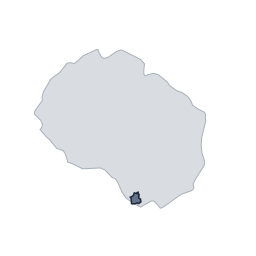 Bogdantsi, Bogdanci, North Macedonia shown in context, rotated 51°
{"feature_id": "65306769B60147523647729", "entity_name": "Bogdantsi", "entity_type": "district", "adm_level": 2, "iso_a3": "MKD", "parent_name": "North Macedonia", "parent_adm1": "Bogdanci", "projection": "albers", "projection_center": [22.598, 41.193], "detail": "fine", "context": "in_parent", "style": "filled", "palette": "slate", "viewbox_px": 256, "rotation_deg": 51, "n_neighbors": 0, "source": "geoboundaries", "source_scale": "gbopen_adm2", "svg_char_len": 1739}
<svg xmlns="http://www.w3.org/2000/svg" viewBox="0 0 256 256"><g transform="rotate(51 128 128)"><path d="M117.4,68.5L121.2,69.0L129.6,66.7L134.8,63.5L137.4,63.0L140.9,61.8L145.9,62.0L151.1,63.5L157.6,61.6L163.9,58.6L166.5,59.4L169.3,62.0L171.1,62.7L181.6,76.5L187.5,82.1L194.3,86.4L202.2,89.4L205.0,92.4L210.0,107.1L212.4,112.6L215.8,114.3L216.6,115.9L216.7,118.0L213.0,128.4L211.6,151.5L210.6,153.4L206.7,153.3L201.4,153.8L199.4,155.6L197.4,168.0L188.9,171.6L181.2,173.6L174.7,173.1L163.3,170.1L159.6,169.8L156.4,171.5L146.3,172.3L141.8,174.4L131.2,188.9L120.5,193.8L116.8,196.3L108.7,193.0L104.8,192.6L99.1,196.2L86.8,196.4L83.4,197.0L73.9,197.4L73.5,195.4L71.8,192.4L67.4,191.0L58.3,192.0L56.2,189.8L52.7,177.3L49.9,175.3L46.7,171.1L41.5,157.5L41.5,151.6L42.0,146.5L39.3,134.4L41.2,131.4L44.1,129.5L44.2,124.7L43.6,117.3L47.3,102.9L48.2,101.9L49.0,102.6L57.0,104.0L59.2,102.2L60.5,99.4L61.2,88.8L63.2,83.9L82.8,75.0L88.5,74.8L92.8,79.1L96.2,81.9L98.3,81.9L99.1,79.1L101.5,73.9L105.5,70.9L117.3,68.5L117.4,68.5Z" fill="#d9dde1" stroke="#a8b0b8" stroke-width="1"/><path d="M186.9,161.4L186.3,161.6L185.7,161.1L184.5,160.8L184.3,160.6L183.8,161.6L184.0,162.1L184.4,162.4L183.6,162.9L183.0,163.7L182.4,164.0L182.6,164.5L183.5,165.7L183.8,167.0L183.6,167.9L183.7,168.5L183.2,169.8L184.6,169.8L187.6,171.9L188.9,172.5L189.0,172.8L189.5,172.5L189.9,172.2L190.4,171.4L190.5,171.1L191.2,170.4L191.5,169.8L191.6,169.7L191.6,169.2L191.7,168.6L191.8,168.1L192.0,167.9L192.8,167.5L193.1,167.4L193.2,167.5L193.6,166.8L193.4,166.1L193.6,165.0L193.6,164.7L193.2,164.6L193.1,164.1L191.2,163.1L191.1,163.4L189.5,163.4L189.3,163.6L188.7,163.5L187.8,162.7L187.9,162.4L187.1,161.9L186.9,161.4Z" fill="#64748b" stroke="#1e293b" stroke-width="1.5"/></g></svg>